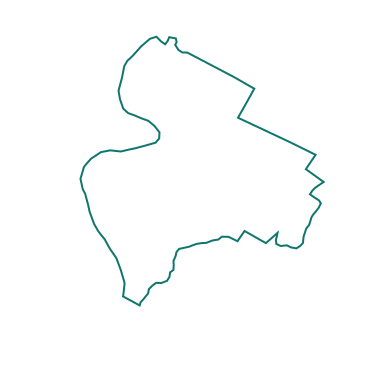 Porto Xavier, Rio Grande do Sul, Brazil (Robinson projection), rotated 300°
{"feature_id": "56859067B25276568047919", "entity_name": "Porto Xavier", "entity_type": "district", "adm_level": 2, "iso_a3": "BRA", "parent_name": "Brazil", "parent_adm1": "Rio Grande do Sul", "projection": "robinson", "projection_center": [-55.156, -27.94], "detail": "fine", "context": "isolated", "style": "outline", "palette": "teal", "viewbox_px": 384, "rotation_deg": 300, "n_neighbors": 0, "source": "geoboundaries", "source_scale": "gbopen_adm2", "svg_char_len": 1568}
<svg xmlns="http://www.w3.org/2000/svg" viewBox="0 0 384 384"><g transform="rotate(300 192 192)"><path d="M308.7,83.6L303.7,79.0L292.9,75.2L280.9,72.7L277.7,71.8L273.2,70.4L267.1,70.4L256.4,74.1L247.9,76.4L242.9,77.8L236.5,83.1L229.8,90.8L228.4,97.3L229.6,103.9L230.4,110.6L231.8,118.5L230.4,126.6L227.4,134.0L222.0,136.8L216.5,135.8L209.0,128.5L201.5,121.0L197.3,116.3L191.5,110.1L187.2,100.4L181.1,93.3L170.4,87.9L163.5,86.5L159.7,85.9L147.7,88.8L139.8,96.0L137.1,100.3L128.7,108.7L123.9,113.0L115.5,123.0L111.1,130.5L108.7,136.5L107.4,140.1L105.4,143.3L101.8,149.3L96.9,159.6L88.7,169.5L79.4,179.2L70.1,183.3L67.1,184.5L67.6,203.4L70.9,202.6L74.6,203.5L77.8,204.0L82.2,204.7L86.4,203.2L91.1,204.5L95.4,206.4L97.9,211.0L102.6,214.8L107.3,214.9L111.5,213.2L115.2,214.9L119.2,212.9L123.1,210.4L127.9,209.9L132.4,208.6L136.3,209.3L143.2,216.9L145.7,218.8L149.4,222.0L152.7,226.1L155.2,229.9L160.3,234.0L163.9,238.5L168.3,240.3L171.5,246.2L171.8,251.1L172.1,256.0L184.5,257.0L184.7,281.6L199.4,286.5L195.9,287.7L192.4,288.6L189.2,291.0L189.6,295.8L193.2,300.8L193.6,305.7L195.4,310.6L199.2,312.6L203.2,313.6L209.0,311.0L217.5,309.2L222.2,309.9L230.1,308.1L233.3,308.3L237.1,309.0L242.0,309.6L246.6,309.2L248.2,306.3L248.5,300.2L249.0,295.3L253.0,295.5L256.5,296.3L260.8,298.2L266.5,301.0L268.7,279.2L286.0,280.4L284.2,252.7L280.2,205.1L279.3,194.7L301.1,194.5L312.6,194.3L312.5,170.4L310.4,118.2L308.0,113.8L308.2,109.3L311.0,103.9L314.2,103.7L316.9,101.2L314.7,94.9L310.4,95.4L306.5,94.9L307.0,89.6L308.7,83.6Z" fill="none" stroke="#0f766e" stroke-width="2"/></g></svg>